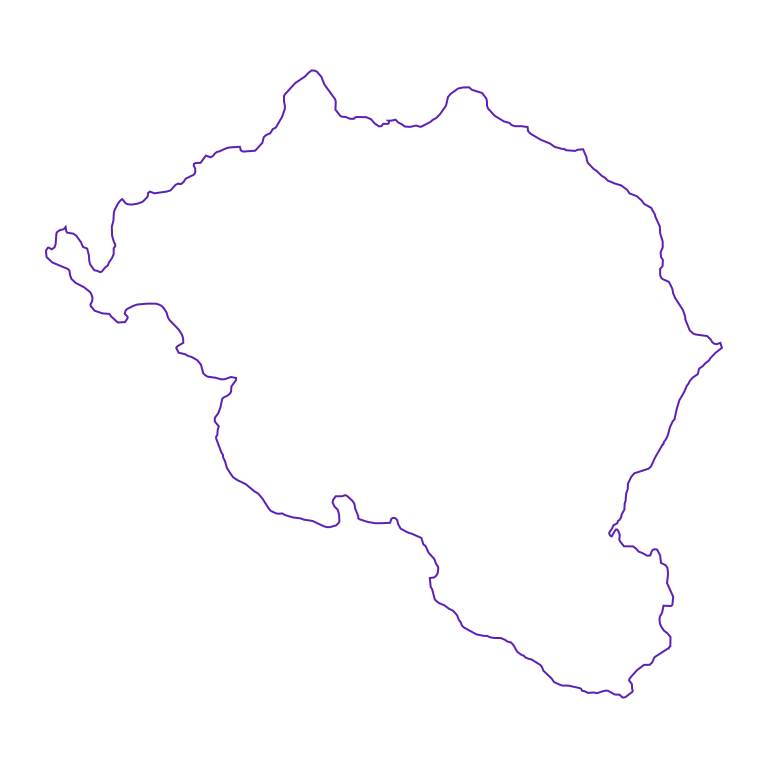 Perez Zeledon, San José, Costa Rica (orthographic projection)
{"feature_id": "36466004B81779324435882", "entity_name": "Perez Zeledon", "entity_type": "district", "adm_level": 2, "iso_a3": "CRI", "parent_name": "Costa Rica", "parent_adm1": "San José", "projection": "orthographic", "projection_center": [-83.71, 9.337], "detail": "fine", "context": "isolated", "style": "outline", "palette": "violet", "viewbox_px": 768, "rotation_deg": 0, "n_neighbors": 0, "source": "geoboundaries", "source_scale": "gbopen_adm2", "svg_char_len": 6068}
<svg xmlns="http://www.w3.org/2000/svg" viewBox="0 0 768 768"><path d="M352.3,500.7L354.3,503.6L355.3,508.9L358.2,516.1L358.3,518.3L359.4,519.2L367.6,521.9L374.9,523.2L381.7,523.2L390.1,522.8L391.3,519.0L392.4,518.1L394.2,517.8L396.0,518.7L397.2,520.2L398.1,524.0L400.6,528.6L407.8,532.5L412.0,533.8L421.4,538.0L423.4,544.5L425.5,545.9L428.6,552.7L434.3,559.0L436.0,563.7L437.9,566.5L438.3,568.4L437.7,573.0L436.1,575.9L433.9,577.5L429.8,578.0L430.7,586.9L432.2,589.4L434.7,599.1L435.7,600.5L438.9,603.0L444.7,605.5L448.9,608.7L453.2,610.8L457.2,615.4L458.8,619.8L460.4,621.8L462.0,625.7L464.2,627.7L476.5,634.4L483.9,635.9L487.1,635.9L489.9,637.2L493.9,638.0L500.7,638.0L505.4,640.0L507.0,641.4L511.1,642.5L513.5,645.2L517.2,651.8L521.7,655.0L524.1,655.9L525.3,657.4L528.8,658.9L531.2,659.3L540.3,664.9L541.7,666.6L543.5,670.8L551.6,678.5L554.0,682.0L560.3,685.0L562.8,685.6L568.4,685.6L579.3,688.0L581.0,688.7L582.1,690.8L584.6,691.2L587.9,692.9L593.5,692.5L597.3,693.1L603.0,691.2L606.1,690.6L608.0,690.8L614.8,694.5L619.4,694.7L622.8,697.6L625.3,697.2L632.3,691.9L632.7,690.8L632.1,688.5L631.9,684.1L629.1,680.5L629.3,679.1L631.7,676.0L637.2,670.0L644.0,664.9L649.7,664.8L652.2,662.3L654.5,657.2L667.8,648.6L668.7,648.5L669.3,647.0L670.3,646.4L670.5,637.0L667.5,633.4L663.8,630.5L661.3,626.7L660.0,623.7L659.4,619.1L660.1,616.2L662.1,612.7L663.5,605.7L670.8,606.0L671.8,605.5L672.4,604.6L673.2,596.8L667.0,583.0L668.1,573.7L667.4,567.9L665.7,565.3L661.0,562.9L660.1,555.3L657.1,549.6L654.7,549.2L652.9,549.8L651.8,551.2L650.2,555.5L647.2,555.7L642.3,553.0L638.5,551.5L636.4,548.9L633.1,546.4L624.0,546.3L620.0,541.3L619.3,539.6L619.8,534.8L617.9,530.3L617.0,529.5L616.1,529.4L615.3,530.2L611.7,536.4L610.1,535.5L609.2,533.6L609.3,532.5L612.1,528.4L613.5,525.2L617.1,523.4L618.1,520.8L619.5,519.9L621.0,517.6L621.7,514.4L624.4,509.6L624.7,503.2L625.6,500.9L626.1,493.7L627.7,489.3L628.0,483.6L631.2,476.9L634.3,473.3L648.5,468.7L651.0,466.4L655.1,457.5L662.6,444.5L663.3,444.3L664.0,441.8L665.9,439.4L667.8,435.3L669.9,427.4L672.7,421.3L674.5,419.4L676.7,409.0L679.4,400.2L684.1,392.1L686.9,385.6L688.4,383.8L689.8,380.9L692.7,377.6L697.8,374.1L699.2,368.5L702.7,366.2L705.1,363.5L709.0,360.5L710.1,358.5L715.4,352.9L721.9,347.8L720.4,342.9L716.6,344.2L713.9,343.6L712.3,342.2L710.2,338.9L706.9,336.0L695.8,334.5L693.4,333.6L689.8,330.5L685.2,319.2L685.3,316.9L682.9,309.9L675.3,298.3L673.2,293.4L672.3,288.7L669.4,282.7L668.7,281.8L662.6,279.1L661.3,277.8L660.2,275.4L660.1,269.0L662.6,266.0L662.9,260.0L661.0,256.9L660.6,252.4L662.7,247.3L662.7,241.5L660.2,233.5L659.8,226.4L655.2,216.3L655.1,214.9L651.2,207.9L644.1,203.9L641.8,200.6L636.8,196.2L629.5,193.4L627.2,189.9L621.2,185.4L615.0,183.6L608.0,180.7L605.2,178.0L601.5,175.6L596.4,170.7L593.7,169.0L588.0,163.0L586.9,160.5L586.5,157.3L583.1,149.3L577.8,149.7L575.2,150.9L565.7,150.2L564.7,149.1L561.3,148.7L554.5,146.8L550.0,143.5L541.2,140.0L530.6,133.8L528.1,131.2L527.6,127.0L521.2,126.2L514.8,126.2L511.5,125.0L509.6,123.0L503.9,121.4L494.7,115.8L488.1,108.6L487.0,105.8L487.0,101.5L486.3,98.5L482.1,93.0L471.9,89.8L469.0,87.3L462.9,87.5L458.1,88.5L450.5,94.0L448.0,97.0L446.0,105.7L439.9,114.3L436.1,118.1L432.7,119.9L430.5,121.9L420.7,126.9L416.0,125.6L409.9,126.9L404.8,126.5L401.7,124.2L398.1,122.4L395.5,119.7L391.5,120.6L388.5,120.7L389.1,121.1L388.7,123.3L387.7,123.9L383.1,123.9L381.5,126.1L379.0,126.4L374.4,123.2L371.1,119.3L366.3,117.2L357.2,117.0L355.5,117.3L353.8,118.8L350.1,118.8L345.7,117.0L341.6,116.6L340.4,116.0L335.4,109.6L335.8,101.9L335.1,99.2L324.4,84.5L321.3,76.7L316.7,71.5L314.0,70.6L311.7,70.4L308.5,72.8L305.1,76.4L295.3,83.0L284.6,94.7L284.0,96.3L284.0,101.4L284.9,105.9L284.8,109.1L282.1,116.8L275.8,127.6L272.8,129.1L270.2,133.3L266.0,135.1L263.8,137.2L262.3,142.9L255.2,150.7L243.2,151.6L240.8,150.4L239.9,146.8L230.0,147.4L226.6,148.1L219.6,151.3L216.9,152.0L215.0,153.4L212.9,156.0L210.4,157.3L205.9,155.6L200.6,162.8L195.6,163.0L193.9,164.0L193.7,165.6L195.2,168.6L195.3,171.5L195.0,173.1L193.8,174.7L185.7,178.7L183.7,181.8L181.4,183.9L179.4,184.1L178.3,183.5L175.5,184.9L170.5,190.4L166.6,191.6L154.4,193.3L149.9,191.6L148.0,193.1L147.9,195.9L146.8,197.6L143.5,201.0L142.1,202.0L137.5,203.7L131.7,204.6L127.6,204.2L125.7,203.4L122.2,199.1L120.2,200.7L118.0,203.5L114.7,209.9L113.9,212.4L113.4,220.8L111.8,226.7L112.1,235.7L113.8,241.7L115.2,244.3L115.2,246.1L113.7,248.4L113.7,254.0L111.9,258.2L108.9,262.5L107.9,265.4L105.1,267.5L101.8,271.6L100.0,272.1L96.8,270.7L94.8,270.4L93.6,269.3L90.1,264.3L89.2,260.5L89.0,255.9L87.2,248.6L83.0,246.9L80.9,242.1L76.2,235.6L73.4,233.7L67.1,232.6L66.3,231.4L65.6,226.9L63.9,229.1L59.9,230.2L57.3,231.9L56.4,233.4L55.6,244.3L54.6,247.3L51.7,249.3L48.8,247.6L47.9,247.7L46.1,250.3L46.1,252.8L46.6,257.1L52.4,262.5L67.9,269.0L69.5,270.7L70.2,275.6L71.5,279.0L75.8,283.0L84.1,287.3L89.9,291.9L91.1,293.6L92.5,297.6L92.1,301.4L90.5,304.3L90.6,305.9L94.6,310.7L102.5,313.4L109.3,313.9L111.3,316.6L117.8,322.5L125.0,322.1L127.6,318.2L127.5,316.6L124.7,313.8L125.4,311.0L126.9,309.1L133.5,305.8L137.4,304.5L146.6,303.7L155.8,303.7L159.1,304.6L161.7,306.0L163.9,308.3L166.6,312.6L168.0,317.6L169.3,319.8L178.8,329.7L181.9,334.6L183.1,338.2L183.3,342.8L177.6,346.1L176.2,347.8L178.6,352.7L185.5,354.3L187.3,355.6L191.9,357.1L197.3,360.2L201.0,364.7L203.2,373.3L206.0,375.8L207.8,376.7L215.4,377.7L221.4,379.4L225.1,379.1L230.9,377.0L236.1,378.0L236.1,379.9L231.4,386.5L231.1,391.5L230.2,393.3L227.7,395.5L223.6,397.5L222.2,399.0L220.4,407.5L218.3,413.1L214.8,417.9L214.8,421.5L218.8,426.4L217.7,429.9L217.3,434.9L216.1,436.8L216.1,438.4L221.4,452.5L223.0,455.0L223.1,457.3L225.0,461.2L227.0,468.2L232.9,477.1L237.3,480.1L245.8,484.2L254.2,491.2L258.1,493.5L262.3,498.4L269.0,508.9L270.8,510.9L275.7,513.2L278.3,513.8L282.1,513.4L285.2,515.1L293.2,517.5L300.1,518.3L304.1,519.7L312.4,520.9L323.9,526.3L326.9,527.1L330.1,527.1L336.1,525.4L338.6,522.9L339.4,521.4L339.1,515.0L337.9,510.0L334.4,506.4L332.6,502.6L333.2,499.8L335.6,496.3L342.5,496.2L344.5,495.3L346.5,495.5L352.3,500.7Z" fill="none" stroke="#5b21b6" stroke-width="2"/></svg>